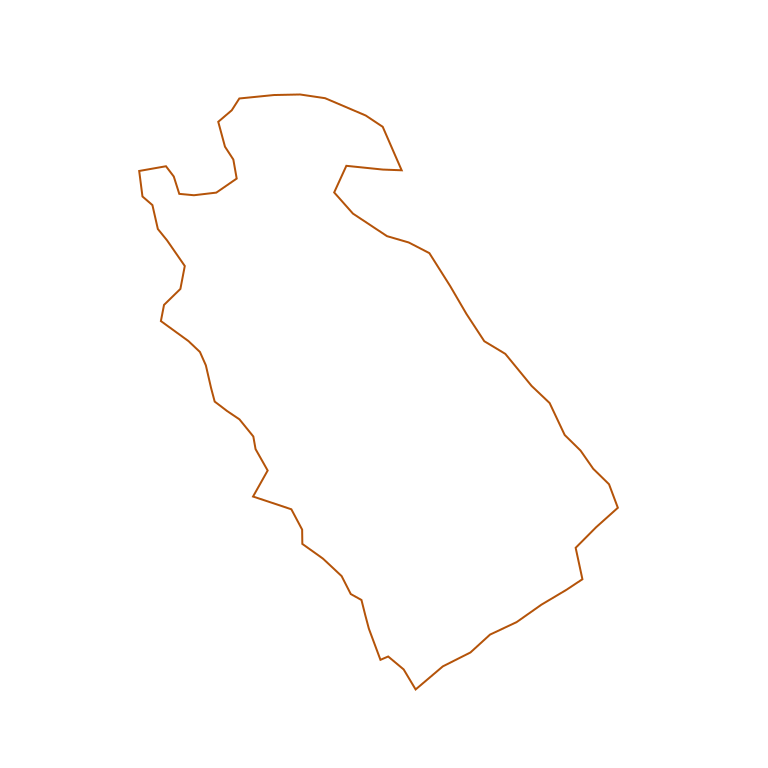 Ardana, Cyprus, rotated 170°
{"feature_id": "46923920B85221731865635", "entity_name": "Ardana", "entity_type": "district", "adm_level": 2, "iso_a3": "CYP", "parent_name": "Cyprus", "parent_adm1": "", "projection": "equal_earth", "projection_center": [33.895, 35.353], "detail": "fine", "context": "isolated", "style": "outline", "palette": "amber", "viewbox_px": 768, "rotation_deg": 170, "n_neighbors": 0, "source": "geoboundaries", "source_scale": "gbopen_adm2", "svg_char_len": 1123}
<svg xmlns="http://www.w3.org/2000/svg" viewBox="0 0 768 768"><g transform="rotate(170 384 384)"><path d="M175.2,221.5L179.8,246.2L192.7,264.2L202.0,284.3L214.9,302.4L224.2,336.5L239.0,356.5L259.3,392.6L277.8,408.7L290.7,438.8L301.8,468.9L316.6,505.0L335.1,519.1L355.4,529.1L385.0,557.2L399.8,581.3L383.2,605.4L348.0,595.4L329.5,591.4L333.8,609.2L340.6,637.5L355.4,651.6L392.4,675.7L416.4,683.7L442.3,687.7L476.9,690.3L486.4,680.0L501.7,671.0L499.4,645.3L493.4,631.2L493.4,611.9L515.9,601.6L538.4,602.9L552.6,606.8L555.0,624.8L560.9,636.3L588.1,636.3L589.3,610.6L581.0,600.4L579.8,575.9L572.7,563.1L559.7,534.8L568.0,513.0L586.9,500.1L592.8,484.7L569.2,460.3L559.7,447.5L556.2,433.3L555.0,410.2L553.8,396.1L543.1,384.5L532.5,374.3L521.8,355.0L521.8,342.2L513.6,319.0L532.5,295.9L520.6,289.5L497.0,276.7L489.9,254.8L492.2,240.7L474.5,222.7L459.1,202.2L453.2,182.9L443.7,175.2L442.6,159.8L441.4,145.7L435.4,113.0L427.2,114.9L414.2,99.5L405.9,77.7L375.1,95.7L345.5,104.6L323.1,118.8L294.7,126.5L267.4,139.3L240.2,149.6L222.5,157.3L223.7,189.4L200.0,206.1L175.2,221.5Z" fill="none" stroke="#b45309" stroke-width="2"/></g></svg>